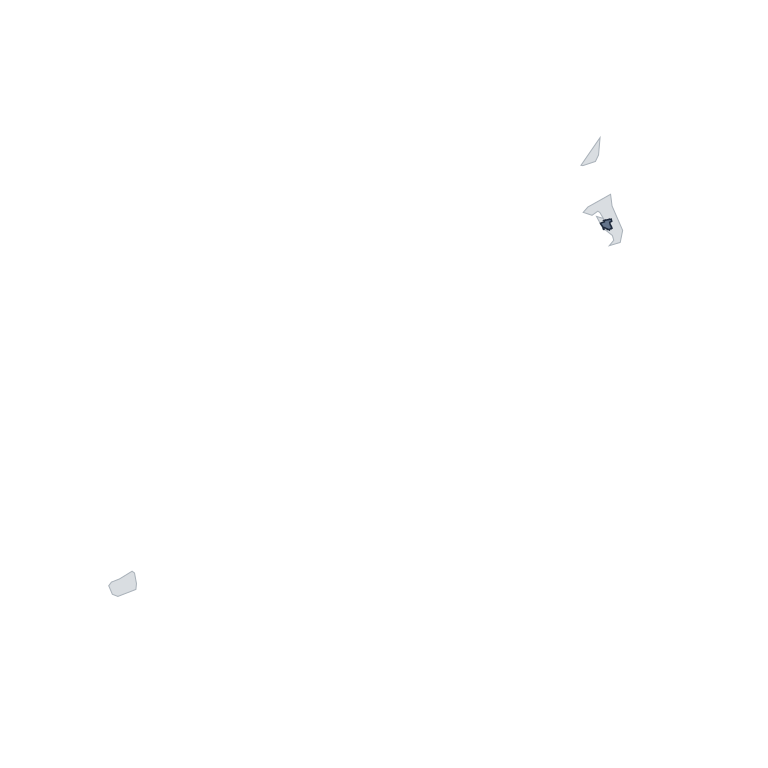 Kolomotu'a, Tongatapu, Tonga shown in context, rotated 213°
{"feature_id": "48082658B41580202055285", "entity_name": "Kolomotu'a", "entity_type": "district", "adm_level": 2, "iso_a3": "TON", "parent_name": "Tonga", "parent_adm1": "Tongatapu", "projection": "equal_earth", "projection_center": [-175.229, -21.143], "detail": "fine", "context": "in_parent", "style": "filled", "palette": "slate", "viewbox_px": 768, "rotation_deg": 213, "n_neighbors": 0, "source": "geoboundaries", "source_scale": "gbopen_adm2", "svg_char_len": 1965}
<svg xmlns="http://www.w3.org/2000/svg" viewBox="0 0 768 768"><g transform="rotate(213 384 384)"><path d="M296.4,645.4L298.8,645.4L301.4,638.8L310.4,636.4L309.4,643.5L297.3,666.5L289.7,657.5L267.5,642.8L263.0,631.4L270.4,622.7L269.6,629.7L273.3,632.9L285.8,634.1L297.1,640.3L290.1,642.3L296.4,645.4ZM499.7,76.4L493.3,89.8L490.3,89.6L482.9,81.8L480.2,76.6L491.5,60.9L497.3,59.7L505.0,64.9L504.7,69.4L499.7,76.4ZM337.9,674.7L337.0,708.3L328.8,692.9L327.9,685.8L336.2,675.4L337.9,674.7Z" fill="#d9dde1" stroke="#a8b0b8" stroke-width="1"/><path d="M290.0,636.7L289.9,636.6L289.7,636.5L289.6,636.4L289.4,636.4L289.2,636.3L289.0,636.1L288.8,636.1L288.4,635.9L288.2,635.8L287.8,635.7L287.4,635.5L287.1,635.4L286.9,635.4L286.4,635.2L286.2,635.1L285.9,634.9L285.7,634.8L285.8,634.8L285.7,634.6L285.4,634.5L285.3,634.4L285.2,634.1L284.9,633.9L284.6,633.6L284.4,633.4L284.1,633.2L283.8,633.4L284.1,633.6L284.5,633.9L285.0,634.3L284.5,635.0L284.4,634.9L283.9,635.0L283.7,635.2L283.3,635.5L282.9,635.5L282.7,635.5L282.1,635.4L281.6,635.6L281.3,635.4L280.8,635.3L280.7,635.8L280.2,635.8L279.7,635.9L279.4,635.9L278.8,635.9L278.8,636.8L278.7,637.4L278.6,637.7L278.4,638.3L277.9,638.2L277.9,638.3L277.6,638.8L278.1,639.2L278.5,639.5L278.9,639.8L279.6,640.2L280.1,640.5L280.3,640.3L280.8,640.7L281.9,641.6L282.8,642.6L282.6,642.8L281.7,644.3L281.6,644.5L281.8,644.7L282.6,645.4L283.2,646.0L283.4,645.7L283.7,645.5L284.1,645.3L284.3,645.0L284.4,644.9L284.9,645.0L285.2,644.3L285.3,644.1L285.4,643.9L285.5,643.9L285.8,643.7L286.0,643.4L286.2,643.2L286.3,643.2L286.5,642.9L286.8,642.6L287.0,642.5L287.2,642.3L287.4,642.0L287.7,641.8L287.8,641.7L287.9,641.8L288.0,641.6L288.2,641.4L288.3,641.2L288.5,641.1L288.4,641.0L288.5,640.9L288.4,640.9L288.5,640.8L288.3,640.7L288.0,640.5L287.8,640.3L287.5,640.0L287.8,639.6L288.0,639.3L288.1,639.2L288.3,639.0L288.5,638.8L288.7,638.5L289.1,638.0L289.3,637.6L289.6,637.2L290.0,636.7Z" fill="#64748b" stroke="#1e293b" stroke-width="1.5"/></g></svg>